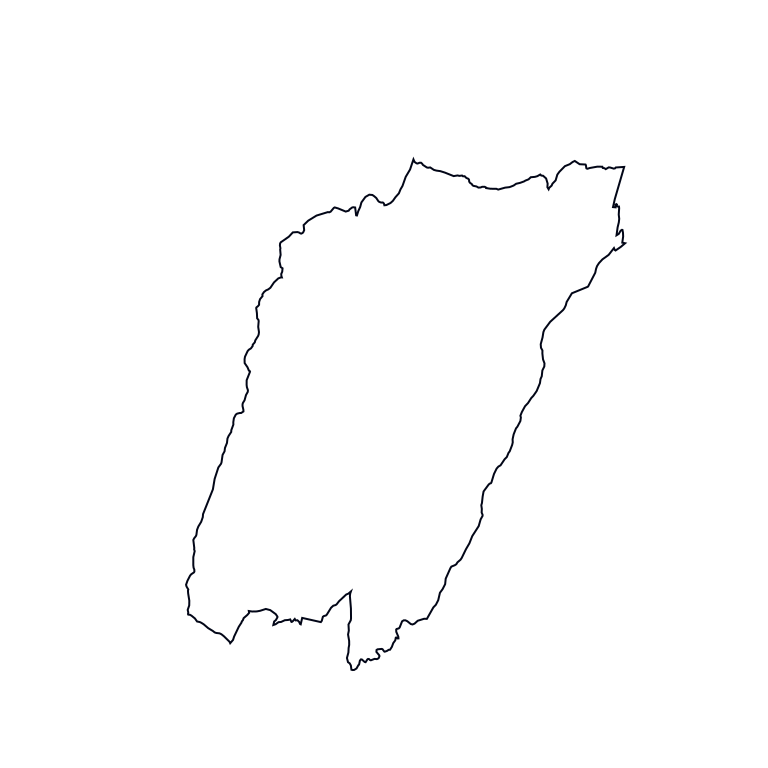 the district of Cosminele, Prahova, Romania, rotated 296°
{"feature_id": "2599482B41257383601072", "entity_name": "Cosminele", "entity_type": "district", "adm_level": 2, "iso_a3": "ROU", "parent_name": "Romania", "parent_adm1": "Prahova", "projection": "robinson", "projection_center": [25.876, 45.169], "detail": "fine", "context": "isolated", "style": "outline", "palette": "ink", "viewbox_px": 768, "rotation_deg": 296, "n_neighbors": 0, "source": "geoboundaries", "source_scale": "gbopen_adm2", "svg_char_len": 6143}
<svg xmlns="http://www.w3.org/2000/svg" viewBox="0 0 768 768"><g transform="rotate(296 384 384)"><path d="M444.6,524.3L453.1,523.8L457.1,522.5L460.1,522.4L465.6,520.4L470.0,520.4L472.9,519.2L475.9,516.1L480.8,513.0L483.6,511.7L485.4,509.2L488.5,507.4L495.3,506.1L500.6,504.5L503.2,504.3L512.7,506.1L528.9,512.5L530.9,512.9L534.4,512.9L537.8,512.2L547.9,513.1L560.7,524.5L561.2,524.7L576.6,525.1L580.5,524.1L583.4,523.8L586.8,524.2L591.8,525.7L598.5,529.3L607.0,531.1L605.6,532.7L605.5,533.6L611.0,536.7L616.2,539.0L615.5,536.2L621.4,534.3L624.7,532.5L627.0,530.8L626.9,530.3L625.6,529.5L621.8,529.2L619.6,527.8L627.2,525.3L632.2,524.2L635.6,523.0L639.2,520.7L645.1,518.3L646.5,517.4L646.0,516.5L646.0,515.6L646.5,514.9L647.4,514.7L647.5,513.9L646.8,513.6L644.3,514.7L643.4,512.3L651.3,510.4L684.4,504.7L680.2,497.4L679.1,497.1L678.3,496.1L677.7,492.3L677.2,491.0L674.3,489.1L674.6,487.6L674.1,485.9L675.0,485.0L672.9,480.5L668.3,474.2L666.7,472.6L666.5,471.6L666.7,471.2L669.1,469.6L669.6,468.9L667.3,463.5L668.1,457.7L666.2,456.2L663.0,454.6L659.1,451.1L651.6,448.6L648.2,448.0L642.2,449.0L637.9,447.6L635.8,447.7L632.8,446.5L631.2,446.6L632.5,444.6L635.9,443.2L639.8,439.6L640.9,435.7L640.3,434.0L640.8,432.6L638.0,430.7L636.3,428.8L634.2,425.3L631.3,424.2L628.8,421.9L627.5,421.1L624.4,418.1L621.9,415.0L619.2,413.5L617.1,411.6L615.9,410.4L613.6,406.8L608.8,401.4L608.7,399.4L606.2,394.2L604.9,390.0L605.3,389.9L605.4,388.1L604.2,385.7L603.0,384.7L601.9,382.7L602.1,380.6L601.3,377.5L601.4,376.5L602.2,375.2L602.5,373.2L603.2,371.9L604.8,370.9L605.4,369.9L605.3,367.7L606.1,365.4L605.3,363.9L605.6,362.8L604.1,360.5L603.7,358.7L601.4,355.5L600.7,346.0L600.0,341.3L598.8,337.6L598.3,335.0L598.9,330.6L597.7,328.8L597.4,327.6L598.0,322.9L598.7,321.8L599.1,320.3L598.5,319.0L596.9,317.6L596.6,316.5L597.0,314.1L598.8,312.0L588.2,313.4L579.7,312.7L570.1,313.8L566.2,313.5L561.9,313.8L556.9,312.4L552.5,311.7L549.5,310.5L545.9,307.7L544.8,306.0L546.0,305.0L546.6,303.9L546.5,303.1L545.8,301.8L545.6,299.9L545.9,298.7L547.8,295.5L548.5,292.8L548.8,290.7L547.7,287.8L544.0,285.3L537.3,284.1L532.6,285.0L528.0,285.1L523.6,285.8L523.4,285.0L530.0,280.7L529.4,278.9L528.7,278.0L525.8,276.5L524.3,276.3L522.2,274.0L521.7,265.8L521.1,262.3L520.3,261.7L515.5,260.5L514.3,259.5L513.9,258.2L505.8,249.5L497.6,244.3L491.6,242.1L487.3,244.8L485.2,244.9L484.0,244.6L482.9,243.7L482.7,242.9L482.9,241.2L482.6,239.6L480.3,235.6L474.7,233.9L466.1,229.1L464.8,229.0L462.9,229.7L460.6,231.4L459.4,231.7L454.7,234.5L450.3,235.4L448.3,236.3L443.8,239.9L443.5,242.1L440.3,243.3L437.8,243.4L436.0,244.5L435.0,245.5L434.6,244.6L432.6,242.7L427.1,240.6L420.7,239.7L418.3,238.5L416.4,236.9L414.0,235.8L411.2,235.4L409.7,236.3L406.0,235.4L403.0,235.8L400.4,237.0L398.7,236.6L397.0,235.8L396.3,235.8L392.0,238.7L387.4,241.2L386.6,243.0L385.6,243.8L380.2,245.9L375.8,248.9L373.7,249.6L372.1,249.8L366.8,249.2L364.8,249.6L361.8,248.8L360.6,249.3L357.7,248.8L355.6,247.5L353.8,247.0L347.6,247.1L345.2,247.8L341.7,249.6L339.2,254.0L336.8,256.7L336.9,257.4L336.3,258.2L327.2,258.9L323.0,260.9L321.0,262.2L318.8,264.4L317.2,265.0L313.6,264.8L308.2,265.8L305.2,265.5L303.9,265.7L302.2,266.5L299.2,268.9L297.7,269.7L295.3,268.3L294.8,267.2L293.0,265.0L291.5,264.2L287.4,264.1L283.6,265.3L281.5,266.4L275.6,267.0L273.9,267.7L269.2,267.1L266.4,267.2L262.2,268.7L256.8,269.1L253.6,270.2L249.5,270.0L242.4,272.3L240.9,272.5L236.4,271.7L224.4,273.4L214.3,276.4L187.7,278.4L184.9,279.5L180.0,280.1L174.5,279.6L171.0,279.9L166.2,281.5L164.8,281.6L162.0,281.0L160.2,281.0L153.4,285.4L152.2,285.8L150.8,287.1L144.8,288.5L137.6,292.0L135.4,293.4L134.0,294.9L132.3,295.8L131.4,295.8L128.4,294.1L126.7,293.7L121.0,293.6L116.8,294.1L115.4,295.3L113.5,298.2L112.3,298.4L109.9,299.8L103.9,304.0L99.6,306.0L94.9,306.6L92.9,308.2L91.3,308.7L90.9,309.2L91.5,310.7L91.4,312.5L90.4,316.8L88.6,320.1L89.3,322.8L89.3,324.4L89.0,327.2L87.5,333.0L87.0,338.5L86.5,340.7L86.7,342.4L87.8,345.5L87.8,347.6L87.1,350.7L84.6,358.2L83.6,359.4L87.8,360.5L91.3,360.0L102.2,359.9L107.0,360.5L108.3,360.3L109.8,360.7L112.1,360.5L116.5,362.4L119.2,363.1L120.7,362.0L121.7,365.2L123.8,369.3L125.8,372.0L130.0,376.4L130.9,380.9L129.7,387.6L128.2,390.2L127.5,390.5L124.4,390.3L122.4,389.4L118.9,390.2L120.6,391.9L123.7,393.6L125.0,395.8L128.2,398.4L129.9,401.3L131.3,402.9L129.6,405.1L129.7,405.4L130.8,406.0L133.7,406.8L132.8,408.2L133.7,409.8L133.0,412.0L131.5,413.8L131.5,414.5L137.9,413.0L142.3,431.6L143.9,431.9L148.0,431.1L149.1,431.7L150.5,433.3L151.6,433.7L159.7,434.5L162.5,435.6L164.1,437.4L165.2,438.0L169.0,438.8L178.2,442.3L180.0,443.9L183.0,445.2L180.7,445.5L178.3,446.4L167.7,452.7L158.9,457.1L157.1,457.7L152.3,457.5L146.9,460.5L143.1,461.5L137.8,465.3L134.2,467.1L131.3,467.9L127.1,469.7L121.5,470.8L118.2,473.6L117.9,475.6L116.5,477.6L112.9,480.0L113.2,481.3L113.9,482.5L116.3,484.0L120.0,484.2L120.9,484.6L124.8,483.6L126.4,484.0L126.7,484.9L125.7,488.4L125.9,489.4L129.2,489.8L129.9,490.2L130.2,491.1L129.8,492.4L129.9,493.3L132.8,496.0L133.6,498.2L134.7,499.1L135.5,499.4L137.5,499.2L138.1,498.6L139.9,494.6L141.7,493.9L142.7,494.5L144.9,498.1L145.0,498.9L143.7,501.4L143.7,502.0L145.4,503.7L147.1,504.7L147.8,505.9L151.2,506.3L155.2,505.9L158.5,506.5L161.1,505.8L161.5,506.0L161.2,507.6L161.7,508.5L163.2,507.6L166.6,503.7L168.6,502.6L169.3,502.7L170.8,504.4L172.0,504.8L178.6,504.3L180.2,505.3L181.0,506.9L181.0,509.0L180.0,513.3L180.4,515.1L182.0,516.5L186.0,518.1L190.6,523.0L191.7,525.5L204.9,526.3L208.3,527.4L213.5,527.5L220.9,525.8L225.3,526.6L230.9,526.7L236.1,524.8L247.6,524.4L249.4,524.6L252.2,527.1L253.7,528.0L255.9,528.2L259.6,529.8L261.7,530.1L271.5,530.1L278.2,530.6L286.0,530.0L297.8,531.4L304.7,530.2L308.7,530.4L309.7,529.9L311.3,528.1L314.6,526.7L317.7,524.6L320.0,524.2L326.1,522.0L331.1,520.6L339.3,522.1L340.7,522.6L341.7,523.6L342.6,523.7L351.4,522.3L357.3,522.3L359.9,523.0L362.0,524.4L369.3,525.4L372.2,526.4L376.7,526.1L378.6,526.5L385.4,525.9L388.0,525.3L390.7,523.8L395.6,522.6L402.0,522.1L404.0,522.6L410.5,522.8L413.9,521.7L415.3,520.5L419.2,520.2L425.9,520.5L430.0,521.8L435.9,522.5L438.8,523.4L444.6,524.3Z" fill="none" stroke="#020617" stroke-width="2"/></g></svg>